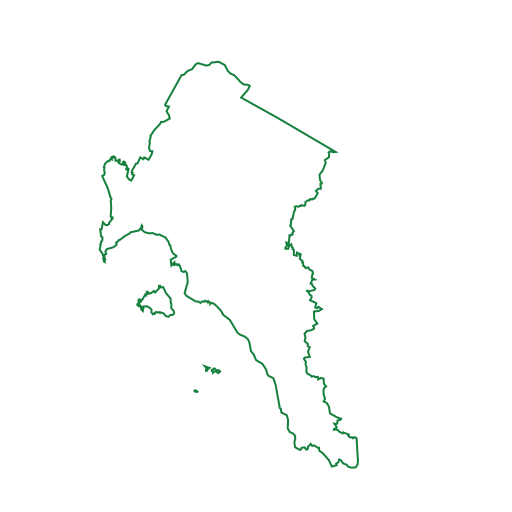 Townsville, Queensland, Australia, rotated 203°
{"feature_id": "25037944B93557893838922", "entity_name": "Townsville", "entity_type": "district", "adm_level": 2, "iso_a3": "AUS", "parent_name": "Australia", "parent_adm1": "Queensland", "projection": "orthographic", "projection_center": [146.799, -19.352], "detail": "fine", "context": "isolated", "style": "outline", "palette": "green", "viewbox_px": 512, "rotation_deg": 203, "n_neighbors": 0, "source": "geoboundaries", "source_scale": "gbopen_adm2", "svg_char_len": 6125}
<svg xmlns="http://www.w3.org/2000/svg" viewBox="0 0 512 512"><g transform="rotate(203 256 256)"><path d="M430.8,278.4L430.1,278.3L429.4,275.8L427.5,273.1L427.6,271.2L428.8,269.5L419.1,260.6L412.8,253.1L411.3,252.2L411.4,250.4L407.9,243.4L405.3,235.8L404.2,235.0L403.3,235.4L402.6,234.5L403.0,233.3L403.3,234.7L403.6,234.2L403.1,233.2L404.2,228.9L403.7,228.0L404.8,226.5L406.4,225.7L410.1,227.3L408.6,220.6L408.8,219.7L409.8,219.6L406.2,213.5L405.0,213.4L404.2,212.4L403.5,209.6L404.2,208.9L403.6,206.8L404.0,205.9L403.1,204.8L402.4,200.8L398.7,198.5L396.1,195.8L395.4,193.4L394.1,192.8L393.9,191.5L392.9,191.4L393.5,192.2L393.3,193.7L394.7,195.0L395.9,198.2L394.7,199.3L396.5,201.6L395.9,204.2L390.8,208.2L388.7,211.8L390.0,213.7L388.8,215.4L388.7,216.9L387.4,217.9L384.1,223.8L381.2,227.2L380.9,228.7L373.9,233.6L372.8,237.1L373.0,239.5L372.1,238.8L371.3,235.5L367.4,234.4L362.5,235.3L360.5,236.7L355.8,236.6L353.6,238.0L346.7,237.7L342.3,235.1L339.8,232.2L339.0,232.3L337.4,229.7L333.5,226.0L329.3,225.0L329.1,224.2L333.1,219.2L330.3,214.4L330.1,215.5L329.1,214.4L329.7,215.4L328.6,218.3L328.0,217.2L327.5,218.0L327.9,216.7L326.9,217.1L328.3,214.7L326.8,217.1L324.3,216.9L323.7,218.0L322.0,217.0L318.7,213.0L316.5,213.0L315.0,214.5L312.6,212.9L308.6,205.2L307.2,193.9L304.7,192.2L293.8,190.6L290.9,191.6L288.8,191.1L287.7,193.3L285.8,193.7L285.3,195.0L283.5,194.7L282.6,195.7L281.9,194.7L281.7,195.6L279.6,195.1L279.3,194.3L279.0,195.3L276.5,195.7L272.1,194.3L267.0,192.0L263.3,189.1L255.0,186.9L243.0,178.1L239.8,177.3L235.0,177.5L231.1,176.3L228.5,174.1L223.5,166.5L219.7,164.5L215.2,160.2L207.9,159.2L202.8,155.8L199.0,151.3L197.7,150.6L192.2,150.3L187.5,144.9L174.6,125.2L173.5,125.1L171.4,121.8L165.6,121.5L162.4,117.7L159.5,109.8L156.3,107.2L152.4,107.0L149.8,105.8L148.4,103.0L147.9,99.5L145.3,95.2L139.8,94.7L139.1,95.3L139.0,97.4L136.5,98.8L134.3,97.5L133.4,97.7L133.0,99.0L133.7,100.5L132.2,104.4L130.0,103.1L128.4,104.4L124.3,103.6L123.2,104.2L121.6,101.5L117.6,100.6L109.3,96.7L103.9,91.8L100.0,94.9L101.1,96.1L99.6,98.3L99.9,101.3L98.0,101.1L94.6,99.1L91.0,99.3L89.0,98.1L85.7,98.4L81.8,100.2L81.0,103.8L82.0,107.0L92.3,127.7L94.6,127.7L95.5,126.1L96.9,126.7L98.4,125.7L100.8,126.5L100.7,127.9L106.8,127.7L107.0,126.5L111.1,126.9L112.5,127.8L114.9,127.5L116.4,126.5L116.6,127.4L114.9,128.6L114.8,129.9L118.3,132.3L116.6,132.6L115.8,133.6L116.7,136.3L114.1,138.4L114.1,139.5L117.9,139.1L126.4,140.1L130.1,146.0L133.6,148.4L136.9,148.6L136.7,151.6L139.4,154.7L141.4,158.7L141.7,161.5L140.5,163.3L143.7,165.1L145.8,169.5L148.5,169.2L150.5,166.7L151.8,168.9L153.8,167.7L155.9,168.0L157.7,166.7L158.9,167.5L162.7,167.8L164.8,169.7L165.7,172.9L168.0,175.6L168.7,178.0L171.8,180.1L171.5,181.5L167.1,184.0L170.7,188.2L170.9,193.1L173.2,193.2L174.0,195.4L177.9,196.6L178.6,200.2L180.9,203.4L179.7,207.0L176.5,209.0L174.2,211.7L174.5,212.9L176.2,213.9L173.1,217.8L177.7,220.5L181.0,227.5L176.7,230.0L174.7,232.8L178.7,233.6L179.2,231.8L181.4,231.8L182.1,236.2L189.0,236.4L188.6,239.5L189.4,241.1L191.7,241.5L193.2,243.2L196.3,243.8L193.1,244.5L188.9,247.5L188.8,249.3L191.8,250.4L193.8,252.2L194.9,251.9L194.9,256.1L192.8,257.3L196.2,257.7L197.0,261.4L196.5,261.8L198.2,264.2L201.9,264.5L203.4,265.9L205.6,264.2L207.2,265.5L208.6,265.3L209.9,268.0L211.1,268.1L211.1,269.5L214.6,270.6L215.5,275.0L216.2,275.2L216.6,274.0L217.6,274.9L219.7,275.1L218.6,272.1L221.5,271.7L223.7,276.6L225.0,276.5L225.4,278.0L226.5,278.4L228.2,280.5L228.9,279.0L230.5,279.8L229.3,277.5L229.2,275.3L231.8,274.2L232.2,275.5L231.5,277.6L233.2,280.1L231.5,279.9L230.9,280.9L233.2,288.0L232.4,287.9L232.2,289.1L230.7,290.0L231.5,291.9L230.8,293.7L236.5,297.4L236.2,298.8L237.9,303.7L236.9,304.2L238.3,312.0L237.9,314.0L239.5,316.3L238.7,317.4L236.0,318.0L235.2,319.5L234.1,319.6L233.9,320.6L231.0,321.1L230.6,322.4L231.6,325.0L230.2,327.3L228.6,327.9L228.5,329.5L226.5,329.9L226.4,330.7L224.6,331.6L224.2,333.2L223.8,338.0L226.3,339.3L224.9,342.2L222.6,343.4L224.9,347.5L223.9,348.2L224.0,349.3L226.5,350.6L228.9,354.8L229.2,356.3L228.0,360.7L228.2,368.9L230.1,371.1L227.4,375.5L228.7,378.9L229.6,379.5L229.0,381.1L225.3,381.8L223.4,382.9L288.7,391.4L331.6,396.0L328.4,405.8L328.2,410.2L330.4,410.4L334.3,409.1L338.3,410.1L346.6,413.9L350.6,414.0L354.2,415.3L359.4,419.6L366.2,420.2L372.6,416.6L373.5,413.8L376.0,411.9L384.7,410.9L386.4,408.9L387.8,403.1L391.4,399.4L393.1,394.9L395.2,393.4L398.8,359.6L397.6,358.9L394.5,359.4L394.9,354.2L391.2,351.6L389.1,348.8L393.4,343.4L395.8,342.3L396.0,339.8L398.9,332.0L400.1,325.1L399.4,324.3L399.0,320.0L398.0,319.0L396.8,313.8L394.5,311.2L392.3,311.9L391.8,309.0L392.5,302.6L397.3,303.1L397.5,301.1L401.1,301.5L401.2,294.9L402.6,294.1L403.5,285.3L403.1,284.3L401.9,284.2L402.0,282.8L399.7,282.6L400.3,276.7L402.8,276.9L405.9,278.7L407.4,286.5L408.0,286.6L408.2,285.0L409.4,285.1L409.4,287.2L410.6,288.9L411.7,288.8L413.0,291.1L414.6,291.3L415.2,290.0L412.9,288.3L416.5,287.6L419.0,288.2L418.4,290.0L419.2,291.5L420.1,291.0L420.1,289.7L422.6,288.8L423.9,291.7L425.2,291.8L425.1,290.2L426.0,292.0L427.7,290.6L426.3,288.5L428.0,288.4L428.1,286.0L429.7,285.2L431.0,281.8L430.8,278.4ZM339.6,165.7L336.6,167.1L333.2,166.7L331.0,165.5L330.4,163.4L328.0,162.0L326.5,163.4L327.1,164.1L326.1,165.5L324.7,165.4L323.2,166.5L322.1,166.1L321.9,166.8L318.5,167.1L315.5,165.4L312.8,165.9L311.8,168.4L309.7,169.2L308.9,171.2L310.0,173.1L313.7,174.9L315.0,178.6L316.3,179.8L317.9,183.4L324.7,186.9L329.3,191.1L331.3,189.9L332.9,191.2L333.7,190.5L332.6,188.4L334.6,183.0L336.4,183.9L337.9,181.1L340.1,179.4L341.8,180.8L342.5,180.3L341.1,178.6L342.8,177.6L341.8,176.5L343.0,175.8L343.6,171.2L346.3,170.4L344.2,168.9L344.8,168.0L346.3,168.3L345.0,166.3L346.3,165.6L346.1,164.5L344.1,164.1L343.3,165.1L342.1,163.7L341.3,164.4L340.8,162.0L338.7,161.1L339.6,165.7ZM245.1,136.3L247.8,135.4L250.3,136.3L252.2,133.8L251.9,133.0L250.7,133.2L249.9,131.8L249.5,133.1L247.7,134.1L244.9,133.5L243.9,135.6L245.1,136.3ZM256.2,131.4L256.6,132.3L255.1,134.8L260.0,134.5L257.3,133.1L257.7,131.7L257.0,130.7L256.2,131.4ZM256.0,108.3L259.4,108.7L260.0,107.8L259.4,107.3L256.0,108.3Z" fill="none" stroke="#15803d" stroke-width="2"/></g></svg>